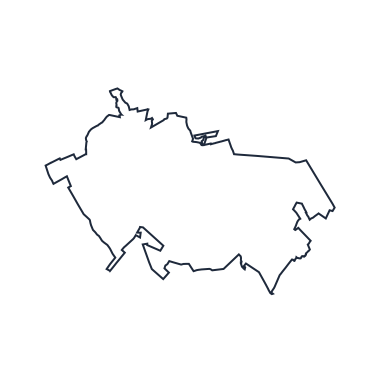 Pedro Escobedo, Querétaro, Mexico, rotated 241°
{"feature_id": "50627088B87937870701268", "entity_name": "Pedro Escobedo", "entity_type": "district", "adm_level": 2, "iso_a3": "MEX", "parent_name": "Mexico", "parent_adm1": "Querétaro", "projection": "mercator", "projection_center": [-100.153, 20.469], "detail": "fine", "context": "isolated", "style": "outline", "palette": "slate", "viewbox_px": 384, "rotation_deg": 241, "n_neighbors": 0, "source": "geoboundaries", "source_scale": "gbopen_adm2", "svg_char_len": 5774}
<svg xmlns="http://www.w3.org/2000/svg" viewBox="0 0 384 384"><g transform="rotate(241 192 192)"><path d="M166.0,80.0L163.2,81.8L162.9,82.0L162.7,82.0L164.5,86.5L165.7,89.4L166.6,91.5L167.3,93.3L168.0,95.1L168.6,96.6L169.4,98.5L170.6,101.5L170.8,102.0L171.5,103.8L175.3,102.5L175.9,103.9L176.3,105.0L176.6,105.8L177.0,107.8L179.4,117.8L179.9,119.1L181.5,121.9L177.4,124.5L181.3,127.4L183.1,124.3L185.9,128.9L186.6,129.6L184.8,132.0L158.9,140.9L156.0,135.8L167.3,127.1L168.5,127.8L170.0,123.5L151.2,120.4L147.9,120.0L144.1,119.5L143.8,119.6L129.8,124.6L132.7,132.7L138.6,130.9L140.6,133.1L140.8,135.4L140.9,135.6L142.6,138.6L139.8,141.3L133.8,147.3L133.2,149.6L133.1,149.9L130.7,154.4L122.0,155.0L121.7,156.3L121.4,158.1L120.8,159.9L119.6,162.9L116.4,169.8L116.1,170.2L115.4,170.8L115.1,171.0L113.7,171.7L109.4,182.3L114.7,202.7L113.9,202.9L112.2,203.4L111.1,203.1L110.2,202.7L108.9,201.8L107.2,201.6L107.0,200.7L106.1,200.8L105.8,200.1L102.5,199.5L100.5,200.0L100.0,200.1L98.8,200.6L100.2,201.9L100.3,202.0L102.1,201.6L103.3,204.5L89.4,211.7L76.7,211.7L70.1,211.6L69.6,211.5L68.3,211.5L65.7,211.5L64.0,212.3L63.8,213.4L65.8,212.6L67.0,214.7L68.2,217.1L69.0,218.3L76.8,228.4L77.4,230.0L78.6,232.7L80.4,237.1L82.5,241.9L84.5,246.7L84.1,247.2L83.8,247.3L83.6,247.6L83.0,247.7L82.6,247.8L82.1,248.1L82.1,248.4L82.2,248.6L82.5,248.8L82.7,249.1L83.1,249.6L83.5,250.9L84.4,251.7L83.2,252.2L82.8,252.8L82.1,253.5L81.7,254.2L81.5,254.3L81.3,254.9L81.7,255.7L82.3,256.4L82.5,256.9L82.2,257.4L82.3,257.6L82.1,258.0L81.9,258.2L81.1,258.6L81.2,259.5L81.5,259.4L81.7,259.7L81.6,260.3L81.7,260.8L81.9,261.3L82.4,261.6L82.9,261.7L83.1,262.0L83.2,262.6L83.4,263.6L83.8,264.5L84.0,265.9L84.6,267.2L89.9,267.8L90.2,269.1L91.1,270.5L91.8,272.1L96.0,271.0L102.0,269.4L103.1,269.1L106.5,268.2L109.1,267.6L108.7,264.4L108.7,263.9L109.9,263.4L110.5,264.2L110.8,264.7L112.3,266.7L113.3,267.8L113.8,268.4L115.1,270.0L116.1,272.2L116.1,272.9L116.1,273.7L123.3,273.2L126.1,272.5L127.9,272.0L129.1,273.8L129.6,274.7L130.6,276.1L131.4,277.4L131.4,277.5L131.5,277.6L132.0,278.4L128.5,282.5L127.8,282.4L124.8,282.3L123.3,282.2L121.9,282.1L120.8,282.2L118.6,282.1L118.7,281.6L117.8,281.6L116.2,281.5L115.4,281.5L114.0,281.8L113.7,281.7L112.7,281.6L110.7,281.5L110.8,282.1L111.1,283.1L110.9,285.6L111.2,287.1L111.3,287.7L111.8,291.9L111.9,292.3L104.0,296.2L109.3,303.5L107.2,305.7L109.2,309.2L113.7,309.2L135.2,308.3L164.4,307.2L165.9,300.6L167.6,297.0L174.4,292.8L192.4,265.8L202.5,250.3L204.7,247.1L208.4,247.8L210.0,247.8L212.3,248.0L214.3,248.4L214.5,248.4L220.2,249.4L220.7,247.5L220.8,247.1L220.9,246.9L221.3,245.1L221.9,242.5L222.0,242.1L222.2,241.5L222.4,240.7L222.5,240.2L222.9,238.7L223.5,236.4L223.5,236.0L224.0,234.4L224.0,234.2L224.2,233.5L224.6,231.7L225.3,231.9L227.3,225.2L232.6,231.1L229.3,240.0L232.7,244.2L240.2,221.5L237.6,221.1L237.0,221.4L235.7,223.5L235.3,226.0L235.6,227.3L235.2,229.0L235.0,229.5L234.7,231.1L234.1,231.0L233.9,231.0L233.6,228.5L232.9,227.8L232.5,227.5L232.0,226.9L231.7,225.1L231.4,224.8L231.1,224.7L230.7,224.8L230.1,224.5L227.7,224.4L228.4,223.1L230.7,222.9L231.5,222.4L231.8,222.1L233.5,220.1L235.5,217.2L236.2,216.7L237.0,217.6L238.1,218.7L239.8,219.0L241.1,219.2L244.9,219.8L246.5,220.2L249.2,219.6L250.9,219.7L252.5,219.9L255.1,220.7L256.0,221.0L258.4,222.5L259.8,223.0L265.8,216.1L268.9,216.3L269.0,216.1L272.2,208.9L268.9,206.6L268.5,205.5L269.1,203.1L268.7,202.3L268.6,202.1L268.3,187.4L270.9,190.1L271.2,190.3L273.7,191.3L274.5,193.0L276.1,192.9L276.0,192.0L276.0,191.5L276.1,191.4L277.1,188.8L277.3,188.1L277.3,186.4L284.0,192.1L285.4,193.9L286.0,193.3L286.0,192.5L288.7,183.5L291.9,184.8L292.6,181.0L293.6,179.1L294.0,177.2L297.6,178.2L300.7,178.2L302.5,177.0L304.0,176.7L306.4,176.2L308.3,176.4L310.2,176.6L311.3,176.8L311.7,176.9L312.0,177.0L312.3,177.3L312.4,177.5L312.7,177.7L312.9,177.9L313.0,178.2L313.1,178.5L313.2,178.8L313.5,179.5L313.7,179.9L313.8,180.0L315.5,178.8L316.1,178.3L318.7,177.0L319.1,175.1L320.1,168.7L320.2,168.3L319.8,168.9L319.5,169.0L316.5,168.8L315.1,168.8L314.2,169.1L313.1,169.3L312.9,169.4L312.5,170.2L312.1,171.1L311.9,171.3L310.9,171.2L309.7,170.7L309.6,171.5L309.3,171.6L309.1,171.4L308.7,170.9L308.7,170.6L308.4,170.6L308.3,170.9L308.0,171.0L307.8,170.8L307.7,170.2L307.3,169.7L307.1,169.5L306.9,169.2L306.4,168.8L304.9,168.3L304.3,168.0L304.1,167.6L303.7,167.4L303.3,167.1L303.1,167.0L302.7,167.1L301.9,167.9L301.6,168.3L301.2,168.5L300.9,168.5L298.6,167.7L298.1,167.6L294.4,167.7L294.2,167.7L293.9,167.8L294.1,167.5L294.2,165.6L293.2,165.5L293.1,165.4L292.9,165.2L292.5,165.1L299.1,157.5L299.6,156.8L299.6,156.4L299.5,156.1L299.2,154.0L299.2,153.9L298.7,152.8L298.4,152.0L297.4,150.0L297.1,149.0L297.0,148.8L296.5,147.5L296.5,147.3L296.4,147.2L296.4,145.8L296.3,145.1L296.2,143.9L296.2,143.7L295.9,142.0L295.8,141.9L296.0,140.8L296.0,140.5L296.0,138.9L296.0,137.9L296.0,136.1L295.9,135.2L295.7,133.8L295.4,133.1L294.6,131.0L293.0,128.9L292.0,127.5L291.8,126.8L290.6,125.3L288.8,124.6L287.6,124.4L287.4,124.4L287.1,124.4L286.6,123.7L280.8,119.7L280.6,120.0L278.4,118.9L276.4,117.8L276.7,117.4L276.6,116.9L276.8,106.7L279.9,106.6L280.2,106.6L282.3,106.8L282.6,104.2L282.8,102.2L282.9,101.2L283.2,98.6L283.6,95.3L283.6,95.2L283.9,92.5L285.5,92.6L285.6,91.1L285.7,88.3L285.8,85.6L285.9,82.7L286.0,82.7L286.0,79.5L286.0,79.4L286.1,76.8L277.3,75.1L274.8,74.9L273.4,74.8L269.8,75.1L267.0,74.8L266.3,74.8L266.3,76.3L266.3,80.6L266.3,81.4L266.3,82.8L266.3,84.2L266.4,87.8L266.4,90.2L262.6,89.7L255.9,88.9L255.9,85.9L246.4,86.1L236.6,86.2L225.1,86.5L221.0,87.9L217.6,89.0L216.8,89.0L214.0,88.1L211.9,87.6L206.9,87.0L203.6,87.9L200.8,88.3L198.6,89.3L196.2,89.5L193.8,89.6L192.8,89.7L190.4,90.6L186.7,92.3L183.6,92.7L181.8,92.8L176.5,92.6L171.8,93.1L168.7,85.5L166.0,80.0Z" fill="none" stroke="#1e293b" stroke-width="2"/></g></svg>